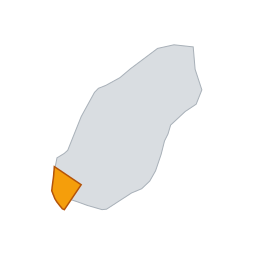 97, Ar Rayyān, Qatar shown in context, rotated 34°
{"feature_id": "91078587B85294401922232", "entity_name": "97", "entity_type": "district", "adm_level": 2, "iso_a3": "QAT", "parent_name": "Qatar", "parent_adm1": "Ar Rayyān", "projection": "albers", "projection_center": [50.974, 24.595], "detail": "fine", "context": "in_parent", "style": "filled", "palette": "amber", "viewbox_px": 256, "rotation_deg": 34, "n_neighbors": 0, "source": "geoboundaries", "source_scale": "gbopen_adm2", "svg_char_len": 1131}
<svg xmlns="http://www.w3.org/2000/svg" viewBox="0 0 256 256"><g transform="rotate(34 128 128)"><path d="M137.7,214.9L127.6,217.4L118.1,220.1L110.2,220.1L103.9,219.0L99.6,216.4L91.5,206.0L85.8,192.4L89.3,184.9L90.5,180.2L82.8,144.6L80.3,117.2L81.3,111.6L85.7,105.2L93.1,90.9L97.0,77.2L108.0,45.5L119.6,33.3L136.7,24.3L150.8,41.8L167.9,55.1L171.2,70.1L166.2,82.3L161.7,101.7L164.5,110.6L165.5,118.3L170.2,131.3L174.8,148.1L175.7,159.8L173.3,170.7L167.3,179.8L155.6,207.3L152.1,210.2L137.7,214.9Z" fill="#d9dde1" stroke="#a8b0b8" stroke-width="1"/><path d="M88.5,201.2L88.6,201.4L89.3,202.6L90.1,203.9L90.9,205.4L91.7,206.9L92.6,208.4L93.5,210.1L94.3,211.6L95.0,213.1L95.8,214.7L96.6,216.3L97.5,218.1L98.3,219.7L99.2,221.3L99.6,222.3L100.3,223.0L102.0,224.1L102.3,224.4L102.7,224.7L103.5,225.2L104.2,225.6L104.7,226.0L105.1,226.3L105.7,226.7L106.6,227.3L107.1,227.6L107.5,227.8L108.0,228.0L109.1,228.5L110.4,229.1L111.4,229.4L112.3,229.7L113.5,230.1L115.7,230.8L116.5,231.0L117.2,231.2L118.1,231.5L118.7,231.7L120.3,231.4L120.9,231.3L120.9,218.0L120.9,201.2L88.5,201.2Z" fill="#f59e0b" stroke="#b45309" stroke-width="1.5"/></g></svg>